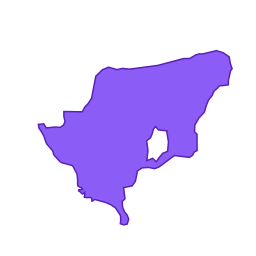 Somogy, Equal Earth projection, rotated 13°
{"feature_id": "HUN-3157", "entity_name": "Somogy", "entity_type": "County", "adm_level": 1, "iso_a3": "HUN", "parent_name": "Hungary", "parent_adm1": "", "projection": "equal_earth", "projection_center": [17.569, 46.411], "detail": "fine", "context": "isolated", "style": "filled", "palette": "violet", "viewbox_px": 256, "rotation_deg": 13, "n_neighbors": 0, "source": "natural_earth", "source_scale": "10m", "svg_char_len": 1771}
<svg xmlns="http://www.w3.org/2000/svg" viewBox="0 0 256 256"><g transform="rotate(13 128 128)"><path d="M98.8,202.5L97.5,202.2L96.1,201.2L95.9,201.0L94.0,200.4L94.0,199.2L94.9,199.0L96.5,198.3L97.5,198.1L96.3,196.7L94.1,196.4L92.1,195.7L91.2,192.8L90.9,191.1L89.2,185.7L88.5,184.1L83.2,177.9L81.8,177.1L71.1,176.7L69.1,175.9L62.7,171.6L61.2,170.1L60.5,168.3L59.5,167.0L52.5,161.9L51.2,160.3L48.0,154.9L43.1,149.7L42.1,149.0L41.2,148.0L39.9,144.6L45.0,142.9L48.3,146.3L57.5,143.2L59.7,143.1L62.1,142.4L64.5,139.6L65.2,135.8L63.0,131.4L61.8,126.4L64.9,125.7L79.8,122.5L81.4,116.9L83.7,113.1L85.8,107.1L85.0,84.7L90.0,77.0L95.4,73.1L104.1,73.6L109.5,71.1L116.3,70.3L143.0,60.3L166.6,47.8L172.5,46.4L177.6,41.5L180.7,39.8L184.2,39.0L196.8,32.7L203.9,33.3L210.5,35.9L213.4,42.5L216.1,46.8L215.7,47.9L215.1,49.0L215.1,58.6L216.0,63.4L209.9,65.7L208.4,65.9L207.3,66.9L205.8,69.7L203.9,72.0L203.1,74.4L202.8,77.2L200.2,82.4L199.2,88.7L198.9,95.3L194.9,102.1L192.5,110.0L193.7,116.9L196.6,118.4L200.4,134.5L197.9,136.5L197.0,140.2L194.5,142.8L179.4,144.4L167.3,158.7L163.2,161.6L156.8,161.8L150.7,163.7L146.9,167.7L147.2,178.2L145.0,183.5L137.1,187.1L141.0,197.6L138.9,201.0L140.5,206.2L143.3,210.3L147.0,213.3L149.2,216.8L148.8,221.8L145.7,223.3L142.1,223.0L141.9,222.1L141.8,220.2L141.1,217.6L140.9,216.2L140.0,214.6L133.7,208.6L128.8,206.7L123.2,205.6L112.0,205.1L110.9,205.8L110.5,206.3L110.0,206.9L109.3,207.4L108.4,204.6L107.0,204.1L103.9,205.1L101.2,205.3L100.8,204.8L101.0,203.3L100.3,200.4L98.8,202.5ZM158.1,123.0L154.5,120.4L153.0,123.5L152.9,128.1L152.1,132.6L149.0,136.2L152.5,145.4L153.7,155.6L158.8,152.0L163.2,154.5L164.7,150.5L167.5,144.9L171.8,141.8L170.6,132.6L166.7,123.0L166.7,122.0L158.1,123.0Z" fill="#8b5cf6" stroke="#5b21b6" stroke-width="1.5"/></g></svg>